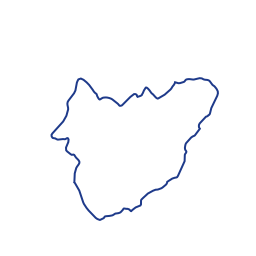 an SVG outline of Badghis, rotated 311°
{"feature_id": "AFG-1741", "entity_name": "Badghis", "entity_type": "Province", "adm_level": 1, "iso_a3": "AFG", "parent_name": "Afghanistan", "parent_adm1": "", "projection": "mercator", "projection_center": [63.837, 35.271], "detail": "fine", "context": "isolated", "style": "outline", "palette": "blue", "viewbox_px": 256, "rotation_deg": 311, "n_neighbors": 0, "source": "natural_earth", "source_scale": "10m", "svg_char_len": 3124}
<svg xmlns="http://www.w3.org/2000/svg" viewBox="0 0 256 256"><g transform="rotate(311 128 128)"><path d="M90.4,74.8L96.8,73.5L102.8,70.6L103.9,69.6L105.7,67.2L106.7,66.2L108.1,65.4L109.6,65.1L118.8,64.5L121.8,63.7L128.8,59.6L131.0,58.9L132.2,58.7L134.4,60.0L135.2,62.8L135.3,66.8L135.0,70.4L133.7,76.3L133.1,78.3L132.9,79.9L133.0,81.8L132.9,82.2L131.8,84.0L131.0,86.2L130.8,87.3L131.0,88.0L131.4,88.2L131.9,88.4L132.8,88.6L133.8,89.0L134.5,89.3L135.2,89.9L136.5,91.2L137.3,92.3L138.3,94.1L139.0,95.9L139.3,97.4L139.6,103.8L139.6,104.7L139.5,105.5L139.3,106.4L139.3,106.9L139.4,107.3L139.7,107.6L140.0,107.9L140.4,108.2L141.2,108.6L153.0,109.4L157.5,110.3L158.0,110.8L158.4,111.3L158.6,111.9L158.7,112.4L158.7,112.8L158.5,113.2L158.4,113.4L157.9,114.1L157.8,114.8L160.5,116.4L161.4,116.7L161.9,116.8L163.3,116.4L164.1,116.3L166.8,115.4L170.1,114.9L170.7,115.5L170.8,116.4L170.8,117.5L170.5,119.6L169.8,122.4L169.7,123.3L169.8,124.7L169.4,128.0L169.3,129.5L169.5,130.7L169.7,131.1L170.1,131.4L177.2,133.8L184.8,134.8L186.2,134.8L188.4,134.4L190.9,134.3L192.6,133.9L193.4,133.5L194.9,136.7L196.0,137.8L199.2,139.8L199.7,140.0L200.2,140.1L202.0,140.0L202.9,140.2L203.7,140.8L204.4,141.4L205.5,142.7L207.3,145.4L207.9,146.0L212.5,149.3L213.5,150.6L214.0,151.6L214.1,152.4L214.4,153.4L215.0,154.5L216.3,156.3L216.8,157.4L217.0,158.4L216.9,159.3L216.2,162.4L216.0,163.3L216.0,164.2L216.2,165.8L216.1,166.5L215.7,168.8L215.3,170.0L214.6,171.6L214.3,172.0L214.0,172.3L213.7,172.5L213.2,173.1L210.9,174.2L197.7,177.8L192.8,180.3L191.9,180.6L191.1,180.6L190.5,180.3L189.4,180.3L188.8,180.1L187.6,179.4L178.5,179.1L177.0,179.5L176.1,180.1L175.4,180.8L175.0,181.3L174.9,181.7L174.6,182.7L166.3,183.3L165.8,183.2L163.9,182.3L163.0,182.1L162.2,181.9L154.9,181.8L154.2,181.9L153.3,182.2L152.2,182.8L150.3,184.0L149.6,184.8L149.1,185.5L148.7,187.1L148.6,187.3L148.4,187.6L148.0,187.8L147.6,188.0L145.8,188.2L145.0,188.5L140.1,192.5L124.7,197.1L123.2,197.3L122.6,197.1L121.7,196.4L121.1,195.9L118.9,194.6L113.2,192.9L112.1,193.5L110.9,193.8L110.0,193.8L105.7,193.1L104.4,192.7L101.3,191.0L100.6,190.4L99.5,189.3L97.0,188.0L91.6,186.0L85.4,185.3L83.0,185.1L82.2,185.2L81.6,185.6L78.9,187.9L77.7,188.2L73.1,185.9L70.7,185.4L68.5,185.0L67.5,185.0L67.4,185.0L67.3,184.9L67.2,184.7L67.3,182.2L66.8,180.9L66.4,180.3L66.2,180.1L65.9,179.8L64.8,178.0L64.5,177.7L64.1,177.6L62.7,177.8L59.9,177.7L59.3,177.6L58.4,177.2L57.4,176.6L56.6,175.9L55.9,175.3L55.4,174.8L54.9,174.5L52.8,173.9L52.2,173.7L51.5,173.3L49.5,171.7L46.9,169.2L46.3,168.8L45.9,168.6L45.5,168.6L45.1,168.7L44.4,168.8L43.8,168.7L40.5,167.3L40.2,167.1L40.0,166.8L39.8,166.2L39.2,164.5L39.1,163.6L39.0,162.5L39.9,152.4L40.5,149.1L41.8,144.5L42.6,142.8L48.8,132.3L51.7,123.9L51.7,123.1L52.0,123.0L58.8,117.6L63.8,115.2L65.3,114.9L68.4,114.6L69.8,114.2L70.8,113.2L71.3,111.5L71.6,108.0L72.4,105.1L72.1,104.2L70.9,103.2L70.6,102.0L70.4,97.4L70.6,96.0L72.5,94.1L78.2,92.2L80.3,90.7L80.7,89.8L80.8,89.2L80.4,88.7L78.5,88.0L78.0,87.6L77.0,86.2L73.2,82.7L72.7,81.5L72.4,79.9L71.7,78.8L71.1,77.6L71.5,76.0L72.6,74.8L74.2,74.5L90.4,74.8Z" fill="none" stroke="#1e3a8a" stroke-width="2"/></g></svg>